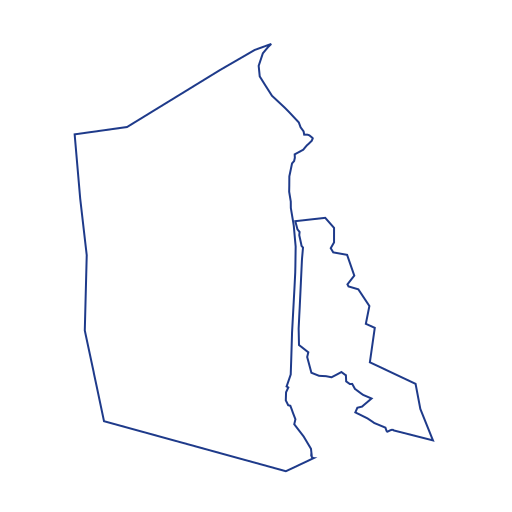 Al-Ganayin, As Suways, Egypt, rotated 184°
{"feature_id": "37247803B61862544009771", "entity_name": "Al-Ganayin", "entity_type": "district", "adm_level": 2, "iso_a3": "EGY", "parent_name": "Egypt", "parent_adm1": "As Suways", "projection": "orthographic", "projection_center": [32.548, 30.059], "detail": "fine", "context": "isolated", "style": "outline", "palette": "blue", "viewbox_px": 512, "rotation_deg": 184, "n_neighbors": 0, "source": "geoboundaries", "source_scale": "gbopen_adm2", "svg_char_len": 2196}
<svg xmlns="http://www.w3.org/2000/svg" viewBox="0 0 512 512"><g transform="rotate(184 256 256)"><path d="M409.7,128.4L409.7,128.2L405.7,114.3L396.1,80.6L211.3,43.4L210.8,43.6L184.4,58.4L184.5,58.4L185.2,58.7L185.4,58.8L185.6,58.9L185.7,59.0L186.1,59.1L186.5,59.9L187.0,60.8L187.0,62.1L186.7,62.0L187.7,67.5L195.9,79.3L206.1,90.8L205.3,95.9L208.3,102.3L209.5,105.1L211.3,109.0L213.5,109.4L214.5,111.2L216.2,114.0L216.5,122.2L214.6,127.1L216.4,128.0L216.1,129.0L213.1,140.2L213.6,154.2L214.6,179.8L214.7,181.8L214.9,195.2L215.4,227.0L215.7,242.0L216.0,248.4L217.1,268.2L218.2,274.9L220.4,288.6L221.0,291.3L224.6,306.3L225.1,312.7L227.4,322.4L227.7,328.2L228.3,337.8L227.9,340.6L226.5,350.9L224.6,353.4L224.1,356.7L224.5,360.1L216.3,365.3L214.4,368.0L212.9,370.0L211.3,371.6L209.1,374.1L208.5,374.7L207.6,377.2L207.8,377.7L211.2,380.1L213.0,380.6L216.4,380.4L217.2,383.6L220.5,387.5L222.6,392.2L233.5,402.3L237.6,405.9L244.0,411.1L251.2,416.9L258.7,427.0L264.8,435.4L266.6,445.9L263.3,458.7L258.6,465.2L255.6,468.6L271.6,461.5L304.9,439.0L393.6,375.7L445.4,364.7L435.4,301.1L427.0,256.1L424.9,244.9L424.9,244.5L421.6,169.8L420.3,165.2L409.7,128.4ZM219.2,293.5L218.2,290.4L218.1,290.2L216.5,285.5L214.2,283.0L214.3,279.8L211.8,271.3L211.3,269.3L209.7,267.7L209.9,256.6L209.9,255.2L208.8,207.0L208.7,200.6L208.4,186.6L206.9,170.2L200.2,165.7L199.2,165.0L197.1,163.6L197.9,158.8L192.6,143.4L192.0,143.2L184.8,140.9L182.7,140.9L177.8,141.0L172.2,140.3L167.1,143.4L162.7,146.2L158.3,143.4L158.0,143.3L157.3,137.2L153.4,134.8L151.1,135.1L148.0,130.3L141.1,125.9L139.4,124.9L134.8,123.3L132.2,122.4L130.8,121.9L138.7,114.2L139.6,113.2L144.3,111.7L146.0,106.9L133.5,101.8L130.7,100.2L127.9,98.6L126.5,97.7L114.9,93.8L114.5,92.8L113.6,90.7L112.8,89.9L111.9,90.3L111.6,90.5L111.1,90.8L110.5,91.1L109.8,91.6L109.7,91.6L108.5,92.0L108.4,92.1L107.9,92.1L107.4,92.1L107.2,92.1L106.9,91.9L106.7,91.8L106.6,91.7L106.4,91.6L68.8,84.8L66.6,84.4L67.3,85.8L81.4,114.9L87.9,139.6L135.0,157.9L132.5,192.6L141.7,196.0L139.4,214.0L151.6,229.9L161.6,232.1L162.8,234.1L156.6,243.3L165.2,263.5L179.2,265.0L182.0,269.0L179.1,275.0L180.1,289.5L189.6,298.9L219.2,293.5Z" fill="none" stroke="#1e3a8a" stroke-width="2"/></g></svg>